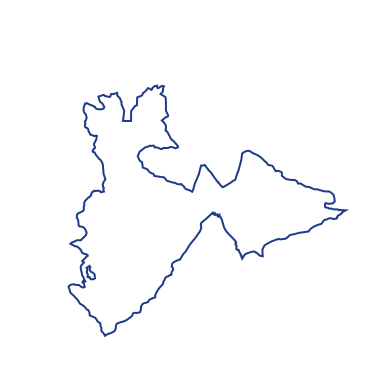 the district of Padang Lawas Utara, Sumatera Utara, Indonesia, rotated 345°
{"feature_id": "22746128B6160471216736", "entity_name": "Padang Lawas Utara", "entity_type": "district", "adm_level": 2, "iso_a3": "IDN", "parent_name": "Indonesia", "parent_adm1": "Sumatera Utara", "projection": "albers", "projection_center": [99.778, 1.636], "detail": "fine", "context": "isolated", "style": "outline", "palette": "blue", "viewbox_px": 384, "rotation_deg": 345, "n_neighbors": 0, "source": "geoboundaries", "source_scale": "gbopen_adm2", "svg_char_len": 5977}
<svg xmlns="http://www.w3.org/2000/svg" viewBox="0 0 384 384"><g transform="rotate(345 192 192)"><path d="M139.2,76.5L138.0,78.4L137.2,79.0L133.0,76.9L131.9,75.3L126.3,75.6L126.4,80.9L128.3,83.3L129.2,86.8L129.1,87.7L128.1,88.5L125.3,88.6L122.3,87.6L120.7,86.4L120.3,84.5L119.4,84.3L118.9,83.2L115.7,81.1L113.5,78.9L112.3,79.3L111.6,78.9L109.2,82.5L108.3,85.4L108.5,87.4L109.6,89.7L109.4,93.2L108.1,95.2L106.8,96.1L106.9,97.8L105.7,100.1L105.6,101.5L106.0,102.3L107.5,103.3L107.9,104.1L107.8,106.9L108.4,108.3L108.5,110.0L109.8,111.2L111.1,111.7L111.9,112.7L114.1,112.7L114.6,113.2L113.1,116.5L109.6,120.4L109.9,124.2L107.2,125.7L106.5,126.9L106.7,127.8L107.9,128.2L108.2,128.7L108.8,131.4L110.7,135.6L112.0,137.5L112.9,140.8L112.9,142.9L111.3,151.6L111.6,157.4L109.4,159.3L107.6,161.7L107.7,163.0L107.3,163.9L107.9,165.1L106.9,166.9L107.1,168.8L103.8,168.7L103.5,167.6L102.2,166.6L100.9,166.2L99.1,166.2L98.0,165.4L97.4,165.8L97.0,165.7L96.6,166.1L95.9,166.1L94.4,167.4L93.3,169.5L89.6,171.0L86.2,173.1L85.0,174.7L84.5,177.2L83.5,178.3L83.1,180.6L82.5,181.7L80.9,182.4L76.4,183.2L75.2,184.1L74.1,186.6L74.7,189.8L73.9,195.2L74.5,196.1L77.2,197.3L78.6,198.9L79.5,201.5L79.6,203.8L79.5,204.5L78.1,206.4L72.3,209.7L71.6,209.8L69.4,209.0L67.0,208.9L65.6,209.5L63.3,209.6L61.2,210.5L62.1,211.6L63.6,212.7L65.0,214.2L66.7,214.7L68.8,217.5L69.8,220.1L70.1,222.1L71.6,223.7L73.7,224.7L74.9,226.0L74.5,226.9L73.4,226.9L72.4,227.8L68.0,230.3L68.7,231.4L69.4,231.7L69.3,232.3L66.2,234.1L64.9,235.9L64.5,241.3L64.7,241.9L64.3,244.3L65.2,246.5L65.0,247.8L65.9,250.7L65.4,250.9L64.0,249.9L63.2,250.3L62.9,251.1L63.9,252.5L63.8,256.0L62.3,256.2L60.1,254.6L58.9,252.7L55.2,251.4L54.3,250.6L51.0,250.2L48.8,250.9L48.3,251.5L48.6,258.2L50.3,260.5L53.5,266.4L54.9,270.9L57.5,273.5L59.1,276.1L59.8,278.1L61.2,279.2L61.8,282.0L61.2,284.6L66.1,288.6L67.5,293.0L69.4,294.9L68.9,298.1L69.3,300.0L68.5,302.6L70.8,307.4L70.7,308.0L70.0,308.7L72.9,307.6L78.9,307.0L81.5,306.1L83.0,304.1L84.1,301.0L85.5,299.7L88.8,299.3L93.4,299.3L95.6,298.8L101.8,296.4L103.7,294.0L104.9,293.8L107.7,294.6L110.6,294.7L112.0,292.8L112.8,290.2L113.7,288.7L115.2,287.4L116.8,287.0L120.9,287.0L122.7,285.2L124.3,284.6L125.6,284.7L126.9,284.2L128.9,284.4L129.6,283.4L129.6,282.4L132.8,278.6L135.2,276.5L140.3,273.2L141.0,271.4L142.6,270.0L143.6,268.5L145.3,267.3L147.7,267.2L149.1,266.4L150.4,266.7L150.9,266.2L151.4,264.3L153.9,261.9L153.7,260.0L153.1,259.1L154.0,256.7L154.8,255.7L156.3,255.0L161.5,254.1L162.7,254.3L167.4,249.8L170.6,247.7L176.4,242.2L183.7,236.9L189.7,231.9L191.7,229.0L192.2,225.4L193.1,224.1L199.5,221.2L206.9,217.2L208.3,218.5L208.0,218.9L207.0,218.9L207.1,219.3L208.1,219.4L208.6,219.0L208.6,220.2L210.4,220.1L210.0,220.9L211.0,221.2L210.0,221.6L210.8,221.7L211.8,221.4L211.3,222.0L212.1,222.3L211.5,222.7L212.0,222.9L211.6,223.4L212.6,222.9L213.2,223.9L213.6,226.1L213.8,234.3L214.3,237.0L215.7,240.5L220.3,248.7L221.2,250.7L221.1,251.6L221.6,252.0L221.3,252.9L220.3,253.8L221.2,255.5L220.5,256.7L220.5,257.8L220.0,258.5L220.9,259.6L221.6,259.8L221.7,260.5L222.1,260.6L222.0,261.6L222.8,264.2L222.7,265.2L223.3,266.1L222.9,267.0L223.2,269.3L226.3,266.5L228.1,265.6L234.3,265.2L236.7,265.6L239.5,268.4L240.7,270.8L243.7,272.4L244.8,266.8L245.5,265.3L248.3,262.3L251.0,261.5L256.2,260.3L261.4,259.8L263.8,259.9L265.4,260.7L270.1,261.3L272.7,260.4L275.5,258.9L279.3,259.2L284.9,259.2L294.1,260.3L297.3,258.2L300.2,257.1L304.9,256.3L308.7,256.3L311.3,254.1L312.7,253.3L315.0,253.4L317.8,252.9L319.4,253.3L321.6,254.7L324.8,255.1L325.5,254.5L325.7,253.6L327.1,252.6L329.7,252.0L330.8,251.1L331.6,251.1L332.4,250.1L335.7,249.5L333.8,248.7L331.8,248.5L330.5,247.5L329.1,247.6L328.2,246.5L324.3,245.4L322.5,244.2L320.1,243.5L319.2,242.4L317.5,241.7L316.7,240.9L317.3,238.2L317.8,237.5L318.5,237.3L319.5,238.2L321.0,238.8L323.6,239.3L325.2,239.3L327.4,238.1L328.0,234.6L327.9,231.1L326.1,228.5L324.5,227.0L319.1,225.3L317.6,224.1L315.8,223.3L314.1,221.9L312.4,221.6L310.2,220.7L307.7,218.4L305.4,217.0L303.2,216.3L299.2,212.0L296.5,211.2L296.4,209.5L295.7,208.3L294.3,207.0L290.6,205.9L286.1,203.8L283.0,199.6L283.8,197.0L283.6,196.0L281.0,193.9L278.1,193.5L276.9,188.6L276.4,187.6L275.3,186.8L272.6,185.6L271.5,182.5L270.7,181.7L267.5,176.4L264.6,173.1L260.6,170.0L258.4,167.4L256.5,166.6L255.2,166.5L252.5,167.0L250.4,167.8L247.9,173.8L241.8,184.3L240.5,185.7L237.2,191.0L236.2,191.7L234.3,191.9L231.5,193.1L223.3,195.4L222.6,195.1L221.1,192.4L220.3,190.2L219.9,190.0L220.1,189.5L219.0,188.1L215.1,177.5L213.8,175.4L211.3,169.2L209.2,169.3L207.9,168.7L207.5,169.0L203.0,176.9L197.0,184.5L193.6,190.2L192.2,191.8L190.2,189.8L187.0,187.7L186.0,186.2L185.4,184.1L184.6,183.3L183.7,181.5L181.8,181.4L179.6,180.3L177.9,178.7L175.9,177.9L170.7,174.7L168.9,170.7L159.8,166.8L159.7,165.5L159.2,164.3L157.6,163.3L156.1,161.7L154.7,158.5L150.8,155.6L151.5,150.6L151.2,149.8L150.0,148.9L149.5,147.6L148.8,143.4L151.9,139.5L158.2,136.8L161.0,136.8L163.2,136.4L164.7,137.0L166.7,137.1L167.3,137.6L167.4,139.3L169.2,139.6L173.3,142.5L174.6,142.6L175.6,142.0L180.0,143.3L182.8,142.9L184.7,143.6L187.4,145.6L190.2,145.1L190.3,144.4L189.4,142.0L187.1,137.6L185.6,135.8L183.7,127.4L182.3,125.6L183.5,123.5L183.9,120.9L182.9,117.5L181.4,115.1L185.8,113.1L188.1,112.9L188.8,111.9L187.9,106.7L190.7,95.8L190.9,93.4L187.0,89.3L189.9,87.4L190.9,84.4L192.2,82.6L191.0,81.9L189.5,81.9L186.9,82.8L185.8,82.8L185.4,82.1L185.8,80.3L183.5,80.0L180.8,81.2L179.6,82.8L179.0,82.7L177.2,80.7L176.4,80.3L173.5,82.5L170.2,83.8L169.3,85.3L168.4,85.8L167.1,86.1L163.6,86.4L161.2,94.0L159.4,94.1L154.2,98.0L151.5,107.6L143.7,105.5L147.5,96.2L146.6,88.8L147.3,86.9L146.8,85.5L146.7,82.9L144.8,79.6L145.4,76.9L141.0,77.1L140.1,76.5L139.2,76.5ZM70.5,238.0L73.7,236.9L73.7,237.3L74.4,238.3L73.4,239.4L73.0,240.7L73.5,242.6L75.6,244.5L76.6,246.5L75.9,250.3L74.1,250.7L71.6,250.1L71.2,248.7L69.6,247.3L70.2,247.2L69.4,246.6L70.0,244.4L69.6,242.9L70.0,241.6L69.8,241.5L70.9,239.6L70.5,238.0Z" fill="none" stroke="#1e3a8a" stroke-width="2"/></g></svg>